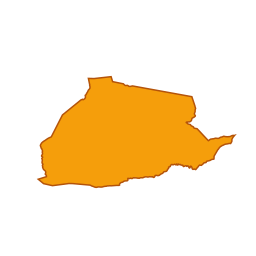 outline of Maraita, Francisco Morazán, Honduras, rotated 74°
{"feature_id": "27666195B63042217012253", "entity_name": "Maraita", "entity_type": "district", "adm_level": 2, "iso_a3": "HND", "parent_name": "Honduras", "parent_adm1": "Francisco Morazán", "projection": "equal_earth", "projection_center": [-87.016, 13.873], "detail": "fine", "context": "isolated", "style": "filled", "palette": "amber", "viewbox_px": 256, "rotation_deg": 74, "n_neighbors": 0, "source": "geoboundaries", "source_scale": "gbopen_adm2", "svg_char_len": 5633}
<svg xmlns="http://www.w3.org/2000/svg" viewBox="0 0 256 256"><g transform="rotate(74 128 128)"><path d="M181.1,53.8L180.8,53.7L180.0,53.4L179.5,53.3L179.0,53.1L178.3,52.5L173.5,47.5L173.4,47.3L173.3,47.0L172.2,45.7L171.9,45.2L171.4,44.3L171.0,42.8L170.8,42.2L170.8,41.6L170.4,39.4L170.4,38.6L170.6,37.4L170.7,36.5L170.7,35.7L170.9,34.3L171.0,34.0L171.2,33.8L171.2,33.6L170.1,32.4L169.5,31.9L168.8,31.6L167.8,31.4L167.4,31.1L166.1,29.9L165.3,28.8L164.5,27.6L164.5,27.8L164.4,28.2L164.2,28.5L164.0,29.5L164.0,30.1L164.1,30.8L164.3,32.0L164.3,32.6L164.1,33.5L163.8,34.9L163.2,36.5L163.0,37.0L162.4,38.0L162.3,38.7L162.5,39.5L162.5,40.2L162.5,40.6L162.4,41.1L162.4,41.6L162.5,42.0L162.7,42.5L162.8,42.9L162.9,43.4L162.9,43.8L162.8,44.4L161.9,46.7L161.9,48.9L161.7,49.8L161.6,50.8L161.5,51.4L161.5,51.9L161.7,52.4L161.9,53.0L162.2,53.5L162.2,54.0L162.3,54.3L147.7,61.8L147.3,62.6L146.6,64.1L146.5,64.3L145.9,64.7L145.2,64.7L144.8,65.0L144.5,65.2L144.0,65.8L143.4,66.5L143.0,66.8L142.4,66.9L141.9,67.2L141.6,67.6L141.1,68.5L140.7,69.2L139.5,69.9L139.1,70.3L138.9,70.5L138.7,70.5L138.6,70.4L138.5,70.2L138.7,68.9L138.9,67.9L139.1,67.3L139.0,66.7L138.9,66.0L138.6,65.5L138.3,65.1L137.9,64.7L136.6,64.0L136.3,63.7L136.0,62.5L135.9,61.8L135.5,60.8L135.3,60.3L135.1,60.1L134.8,59.9L134.7,59.9L134.4,60.0L133.3,60.3L132.9,60.3L132.6,60.3L130.8,59.0L129.2,58.5L128.6,58.2L128.0,57.7L127.6,57.6L126.2,57.7L125.4,57.6L115.5,58.0L88.8,112.1L88.7,113.5L88.7,114.2L88.5,114.8L88.3,115.4L88.1,115.8L87.6,116.1L87.1,116.5L86.8,116.9L86.6,118.3L86.3,119.0L85.8,119.4L85.0,119.9L84.3,120.2L79.2,130.0L74.0,130.1L71.1,147.1L69.4,152.4L76.0,152.9L76.3,153.1L77.1,153.1L77.9,153.2L78.4,153.3L79.1,153.6L79.4,153.8L80.0,154.5L80.7,155.7L81.8,156.6L82.2,157.0L82.6,157.3L83.2,158.2L84.1,158.8L84.4,159.0L84.5,159.4L84.7,160.0L84.8,160.1L85.1,160.2L85.6,160.2L86.7,160.4L86.9,160.5L87.1,160.6L87.5,161.1L87.9,161.5L88.2,162.2L88.4,163.2L88.3,163.3L88.3,163.5L88.1,163.6L87.9,163.7L87.9,164.1L88.0,164.8L88.0,165.4L97.4,187.4L115.3,204.1L115.5,205.0L115.6,205.8L115.8,207.1L116.2,208.6L117.2,211.5L117.3,212.1L118.0,214.0L118.7,215.3L120.0,216.6L120.5,217.0L121.0,217.1L122.3,217.0L123.3,217.0L124.0,216.9L124.3,216.6L124.6,216.6L125.8,216.5L126.6,216.5L126.9,216.6L127.4,217.1L127.7,217.1L128.4,217.1L129.0,217.2L129.5,217.4L129.8,217.6L130.5,218.5L130.9,218.7L131.3,218.8L131.5,218.7L131.9,218.4L132.1,218.2L132.5,218.1L133.2,218.8L133.7,219.3L134.7,219.1L135.1,219.1L136.6,219.8L137.7,220.2L138.1,220.2L139.2,219.8L139.6,219.8L139.8,220.0L140.1,220.5L140.3,220.6L141.1,220.7L141.7,220.6L142.3,220.9L142.7,220.9L143.1,220.8L144.2,220.7L144.9,220.4L146.4,219.4L147.2,219.2L147.5,219.2L148.1,219.4L148.5,219.5L149.2,220.1L149.4,220.2L149.6,220.2L149.9,220.2L150.8,219.6L151.4,219.6L151.7,219.7L152.3,219.8L152.5,228.4L158.2,224.5L162.6,216.5L165.1,199.9L165.5,198.8L165.6,198.2L165.8,197.7L166.4,195.9L172.5,180.1L173.8,178.8L174.5,177.7L175.7,176.2L176.1,175.4L176.3,175.0L176.4,174.3L176.4,173.2L176.5,172.6L176.8,171.7L177.1,171.0L177.5,169.7L177.6,169.0L177.6,167.1L177.8,165.9L178.0,164.8L178.0,163.7L178.2,163.1L178.4,161.8L179.0,159.8L180.0,154.9L180.4,153.5L180.7,152.5L180.6,152.1L180.5,151.8L180.3,151.8L179.8,151.7L179.6,151.6L179.4,151.4L178.8,150.6L178.7,150.2L178.6,149.9L178.5,149.4L178.6,148.6L178.5,147.7L178.0,146.4L178.2,144.7L178.5,143.7L178.5,143.3L178.4,142.9L178.2,142.6L177.9,142.4L177.3,142.3L176.9,142.3L176.7,142.2L176.4,141.9L176.6,141.4L176.9,140.9L177.0,140.6L177.1,140.1L177.0,139.9L176.9,139.7L177.1,139.0L177.5,138.5L177.7,138.2L177.7,137.8L177.4,136.6L177.4,136.3L177.5,135.9L177.6,135.7L177.8,135.4L178.1,134.1L178.4,133.5L178.8,132.7L179.4,131.0L179.4,130.6L179.3,130.0L179.3,129.5L179.5,128.8L179.8,128.0L179.9,127.6L179.9,127.3L179.7,125.7L179.7,125.0L179.8,124.4L180.2,123.3L180.6,122.6L180.7,122.0L180.8,120.4L180.9,120.2L181.1,119.8L181.3,119.3L181.4,119.0L181.5,118.4L181.6,118.0L181.7,117.7L182.2,117.5L182.5,117.1L182.6,116.9L182.6,116.7L182.5,116.4L182.3,116.0L181.9,115.5L181.4,115.2L181.2,115.0L181.2,114.7L181.2,114.3L181.3,113.9L181.5,113.4L181.9,112.8L182.0,112.4L182.1,111.8L182.1,111.2L182.0,110.7L181.4,109.3L181.2,107.8L181.0,107.1L180.7,106.6L180.5,106.2L180.1,105.8L180.0,105.4L180.0,105.2L180.2,103.7L180.2,103.3L180.1,102.8L179.7,102.2L178.8,101.4L178.5,101.0L178.2,100.5L178.0,100.2L177.8,100.0L177.3,99.9L177.0,99.6L176.9,99.3L176.8,98.8L176.7,98.9L176.6,98.4L176.5,98.1L176.0,97.5L175.5,97.0L175.3,96.7L175.2,96.3L175.1,95.8L175.2,95.6L175.7,95.1L175.8,95.0L175.8,94.4L175.7,93.4L175.7,93.1L176.0,92.7L176.4,92.2L176.6,92.1L176.5,91.9L176.3,91.4L176.2,91.2L176.9,91.1L177.1,90.8L177.3,90.4L177.2,90.1L176.9,89.8L176.6,89.6L177.3,88.9L177.4,88.0L177.5,87.7L178.0,87.5L178.2,87.3L178.8,86.0L178.9,85.6L179.2,85.5L180.0,85.5L180.3,85.3L180.4,85.1L180.4,84.9L180.2,83.3L180.2,82.8L180.3,82.5L180.5,82.3L180.7,82.2L180.9,82.2L181.1,82.0L181.1,81.8L180.8,81.3L181.0,80.9L181.2,80.7L181.4,80.5L182.1,80.3L182.8,80.3L183.2,80.1L183.4,79.9L183.4,79.6L183.1,79.2L182.9,79.1L182.3,78.9L182.1,78.7L182.0,78.4L182.1,78.0L182.2,77.9L182.4,77.8L183.2,77.5L184.7,77.5L185.1,77.4L185.3,77.3L185.5,77.1L185.7,76.9L185.7,76.1L185.7,75.7L186.0,75.2L186.5,74.7L186.6,74.4L186.5,74.1L185.9,73.3L184.6,71.3L183.9,70.4L183.6,70.0L183.5,69.7L183.4,69.4L183.5,69.2L183.6,68.9L184.0,68.2L184.1,67.8L184.0,67.4L183.7,66.9L183.1,65.5L182.8,64.9L182.4,64.6L182.4,64.2L182.5,63.6L182.7,63.0L182.7,62.7L182.6,62.4L182.3,62.2L182.0,61.9L181.8,61.7L181.7,61.4L181.7,60.7L181.8,58.9L181.8,58.2L181.7,57.8L181.4,56.5L181.3,56.2L181.5,54.7L181.6,54.1L181.4,53.9L181.1,53.8Z" fill="#f59e0b" stroke="#b45309" stroke-width="1.5"/></g></svg>